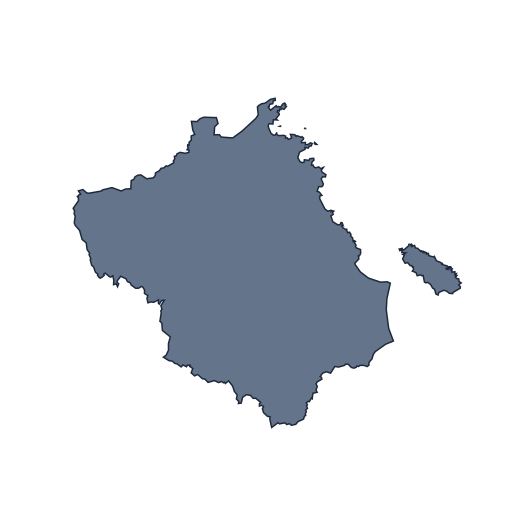 Jember, Jawa Timur, Indonesia, rotated 219°
{"feature_id": "22746128B56085237319005", "entity_name": "Jember", "entity_type": "district", "adm_level": 2, "iso_a3": "IDN", "parent_name": "Indonesia", "parent_adm1": "Jawa Timur", "projection": "orthographic", "projection_center": [113.624, -8.266], "detail": "fine", "context": "isolated", "style": "filled", "palette": "slate", "viewbox_px": 512, "rotation_deg": 219, "n_neighbors": 0, "source": "geoboundaries", "source_scale": "gbopen_adm2", "svg_char_len": 6138}
<svg xmlns="http://www.w3.org/2000/svg" viewBox="0 0 512 512"><g transform="rotate(219 256 256)"><path d="M432.3,198.7L435.0,194.9L431.1,193.6L432.1,191.8L431.6,190.3L432.9,189.8L430.8,189.6L428.7,187.2L428.1,178.0L425.3,176.9L424.0,174.4L421.6,173.2L418.1,167.4L415.6,166.0L409.3,164.9L401.5,159.4L396.2,159.4L391.3,154.7L387.1,153.5L386.6,152.0L382.6,149.9L382.5,148.8L377.9,145.4L375.4,145.3L370.6,142.4L367.4,142.3L367.0,141.3L364.8,140.6L363.1,140.7L362.2,143.1L361.8,145.5L363.0,146.1L362.4,147.8L356.7,147.7L355.5,148.3L354.8,150.5L351.3,147.7L348.7,144.1L347.0,146.4L344.3,145.0L345.2,148.0L347.6,148.3L348.2,149.4L348.4,155.1L342.5,156.5L339.8,155.2L337.1,156.0L334.5,154.9L329.2,155.2L326.9,157.2L326.1,160.0L324.5,160.6L321.3,159.5L319.1,156.7L315.1,157.2L314.1,154.4L310.5,151.6L308.7,154.3L306.4,155.6L304.2,160.6L302.2,157.9L300.9,157.7L301.4,162.0L299.4,163.9L298.7,157.6L295.7,155.5L295.4,153.4L293.9,152.2L289.6,144.8L287.0,144.6L281.8,139.2L271.7,139.2L268.9,132.8L264.7,127.7L263.4,122.3L264.3,119.1L257.7,119.9L254.8,121.7L251.7,121.4L249.4,122.5L244.4,122.7L244.1,125.4L240.3,126.2L240.7,128.1L238.6,129.2L238.4,130.4L238.0,128.5L234.3,128.8L232.9,124.4L228.2,124.2L227.0,126.9L225.9,127.2L220.4,126.9L218.1,128.2L213.7,127.6L209.9,133.0L205.4,134.1L203.8,136.8L201.6,136.9L201.0,138.1L199.6,137.6L198.7,141.7L192.3,140.2L187.7,137.2L183.2,136.2L181.2,132.5L178.0,132.2L176.8,130.3L174.9,132.4L177.5,137.7L176.3,142.0L172.6,144.2L168.6,143.6L166.6,145.3L160.3,145.1L160.3,143.3L158.9,141.5L157.6,143.6L155.3,143.7L154.9,141.3L151.5,139.0L146.1,138.6L143.9,140.0L142.6,137.9L135.9,132.6L134.0,140.2L132.1,140.3L128.6,144.5L126.0,144.4L124.5,146.7L122.0,146.7L119.2,150.2L119.1,153.8L116.4,159.2L117.6,162.0L117.0,163.3L118.6,164.8L118.8,166.6L120.4,167.5L120.2,170.1L122.5,171.3L122.4,172.7L124.6,173.6L124.0,175.9L122.9,176.3L123.5,180.6L122.5,180.5L125.4,185.1L122.7,188.6L125.1,189.6L126.2,193.1L128.9,194.5L129.2,196.8L127.3,201.7L128.8,202.9L130.3,202.7L130.5,207.0L128.4,210.4L124.3,211.9L125.2,219.7L121.9,221.7L118.3,226.8L118.4,228.3L116.3,229.9L111.8,229.4L109.4,230.4L108.1,232.5L108.5,233.8L106.8,234.6L106.4,236.4L103.3,238.9L100.1,240.0L99.5,242.2L101.2,244.3L101.1,249.0L103.0,253.6L103.1,256.9L99.8,268.9L95.7,276.4L107.3,283.2L120.9,296.2L127.3,305.0L134.5,319.4L137.7,318.6L142.9,314.0L154.7,309.6L164.8,309.3L173.4,311.7L174.6,312.7L174.2,318.5L176.5,320.5L175.7,321.2L176.4,324.1L178.9,326.8L183.2,325.4L184.8,326.2L185.1,327.4L188.0,328.3L187.9,330.0L189.4,329.7L189.7,328.5L192.4,330.9L195.0,331.0L195.7,332.5L198.3,333.4L199.4,331.8L201.9,333.1L206.5,332.7L208.4,333.3L208.5,334.4L207.6,334.6L210.1,336.1L211.0,335.5L210.4,333.2L212.0,331.7L217.9,331.0L223.1,334.3L222.2,336.9L224.0,338.1L223.8,339.8L225.7,339.0L225.8,337.9L226.6,338.6L228.4,336.0L232.0,335.9L242.5,340.6L244.2,342.8L242.9,344.6L247.0,345.5L249.2,344.7L250.9,349.4L248.5,351.2L248.3,352.8L249.1,354.4L253.8,356.9L254.1,359.4L251.8,361.1L252.8,363.2L257.4,362.8L259.0,363.5L259.3,364.8L263.3,364.7L265.1,362.1L267.2,361.7L268.8,362.6L270.0,361.5L271.6,364.3L271.3,367.1L272.7,368.2L275.3,365.7L275.2,363.5L279.0,361.2L277.7,359.2L278.9,357.5L281.4,357.1L285.4,358.7L287.5,364.1L285.0,369.9L286.3,371.2L283.3,372.7L283.7,374.9L282.3,376.3L283.1,378.8L284.9,378.2L285.8,375.3L287.7,373.6L289.1,375.3L291.9,372.7L293.0,373.6L292.6,376.6L293.3,377.6L295.4,377.7L295.4,376.8L299.9,375.3L300.1,374.2L302.2,374.7L305.8,372.2L302.6,370.3L304.2,366.9L305.9,367.6L307.2,366.1L308.3,367.8L310.1,367.4L314.3,363.7L316.5,363.6L317.6,365.1L317.1,362.3L318.3,360.9L321.6,360.8L326.8,363.5L328.6,365.0L329.1,367.0L325.9,369.2L328.2,372.8L325.1,375.1L326.8,375.1L326.9,380.5L327.9,381.5L330.1,381.2L330.7,382.5L329.1,383.3L330.1,385.0L328.8,385.4L328.9,386.8L326.5,387.6L326.5,391.5L328.4,391.4L328.3,392.5L330.0,392.9L330.9,390.9L330.5,387.1L332.6,386.4L333.3,385.0L334.9,385.5L336.5,378.4L340.3,379.6L339.8,380.5L340.9,382.4L338.8,384.9L340.2,387.5L338.9,389.1L340.4,390.6L343.4,386.8L345.0,380.7L347.6,377.6L348.6,374.6L348.7,372.7L343.1,367.1L342.7,362.9L345.4,344.4L348.4,333.1L357.8,326.6L360.9,327.2L364.8,323.8L369.4,330.3L368.9,335.1L373.9,338.6L383.9,331.0L385.9,327.4L386.4,323.4L390.9,320.0L384.4,314.1L380.1,311.9L381.9,308.5L379.2,305.3L379.6,302.3L377.8,300.0L379.0,299.5L377.9,297.8L376.5,297.5L376.5,295.2L374.5,296.1L373.4,294.6L375.4,291.4L380.2,288.8L381.7,285.7L381.0,283.7L382.2,282.1L380.2,280.3L380.0,277.8L378.6,276.7L381.1,270.1L382.6,269.5L383.1,266.5L385.0,264.3L384.8,261.4L386.4,257.3L384.9,255.0L385.0,252.1L389.6,247.2L396.5,246.6L398.7,244.4L399.8,241.5L399.2,238.4L400.5,236.1L395.6,229.5L399.5,226.0L401.7,221.7L411.0,218.5L417.0,210.6L417.1,209.1L425.5,199.5L427.4,198.5L432.3,198.7ZM96.3,342.5L92.3,339.7L89.9,340.3L91.0,342.7L88.5,347.5L86.1,348.6L82.2,348.7L79.5,350.5L79.9,351.8L77.0,359.5L77.8,360.7L80.3,361.1L79.6,364.2L82.2,364.0L84.1,365.8L86.0,364.7L87.6,365.1L87.6,366.8L88.2,366.1L88.4,367.2L89.5,366.7L89.4,368.3L90.2,367.6L91.5,368.1L91.2,369.4L93.6,366.7L94.4,367.9L95.7,367.7L95.3,369.5L97.3,369.7L98.2,366.4L99.6,365.6L100.4,366.0L99.3,366.8L98.6,369.6L100.5,368.1L101.3,368.6L105.0,366.9L106.4,367.4L106.4,366.5L108.1,367.3L112.8,365.8L117.2,368.0L117.7,366.8L122.0,365.0L123.6,366.5L124.8,364.8L125.5,365.9L127.8,365.2L127.1,364.8L128.3,363.8L128.8,364.8L131.0,364.0L130.7,363.3L135.2,363.7L137.2,362.6L139.4,364.0L140.3,362.5L142.0,362.9L140.6,360.7L143.1,362.3L144.5,361.3L143.8,359.9L144.8,354.3L145.8,352.8L147.1,354.0L149.1,351.5L147.6,350.7L147.1,351.9L145.8,351.9L144.8,350.4L141.7,352.6L142.7,349.7L141.4,350.4L140.2,346.0L135.6,344.2L134.0,346.3L130.0,345.5L129.0,346.6L127.5,345.8L126.9,346.5L125.1,344.6L125.0,342.6L121.2,343.8L118.3,342.1L116.5,344.7L114.9,344.9L113.9,346.1L108.6,341.7L107.1,342.0L105.9,343.6L102.2,343.7L98.6,342.2L96.3,342.5ZM280.2,380.0L279.0,381.0L281.9,381.2L281.6,380.3L280.2,380.0ZM259.4,367.3L260.0,366.4L259.7,365.7L259.3,365.9L259.4,367.3ZM298.1,386.3L299.0,385.3L297.8,386.2L298.1,386.3ZM318.0,372.5L318.9,372.4L319.2,371.7L318.0,372.5ZM202.3,334.6L202.4,333.5L202.2,333.6L202.3,334.6Z" fill="#64748b" stroke="#1e293b" stroke-width="1.5"/></g></svg>